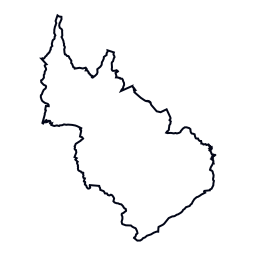 Calnic, Gorj, Romania
{"feature_id": "2599482B43333007752973", "entity_name": "Calnic", "entity_type": "district", "adm_level": 2, "iso_a3": "ROU", "parent_name": "Romania", "parent_adm1": "Gorj", "projection": "natural_earth1", "projection_center": [23.062, 44.952], "detail": "fine", "context": "isolated", "style": "outline", "palette": "ink", "viewbox_px": 256, "rotation_deg": 0, "n_neighbors": 0, "source": "geoboundaries", "source_scale": "gbopen_adm2", "svg_char_len": 5731}
<svg xmlns="http://www.w3.org/2000/svg" viewBox="0 0 256 256"><path d="M137.3,240.6L140.3,240.5L142.0,239.4L143.1,238.1L144.9,237.5L147.0,235.7L151.0,234.4L153.8,232.7L155.9,231.9L156.8,231.6L158.2,231.7L158.4,227.9L158.6,226.9L162.8,224.8L164.2,223.7L168.7,218.1L172.3,216.4L173.0,216.4L174.6,216.1L176.8,214.7L178.0,214.4L180.7,212.8L182.3,211.4L183.2,209.8L184.5,209.0L186.0,207.2L189.6,206.0L190.7,204.5L191.8,203.7L192.6,201.9L194.3,199.2L196.6,197.2L198.2,196.7L200.6,195.2L201.3,194.6L205.1,192.7L204.1,191.5L204.4,190.9L209.8,190.3L209.9,189.6L211.6,188.7L213.3,185.3L213.4,183.4L213.9,180.8L213.1,179.9L213.1,178.1L213.4,177.5L213.6,175.1L212.8,172.7L212.8,172.2L212.4,171.2L211.4,170.4L210.4,170.2L210.0,169.8L210.8,167.3L212.6,164.2L212.9,163.2L213.6,163.3L213.3,162.3L213.4,161.3L212.8,160.4L213.0,160.2L212.6,159.9L212.7,159.6L212.2,159.7L211.2,159.0L212.7,157.9L213.0,157.2L212.2,157.2L212.4,156.9L212.1,156.8L212.7,156.0L214.3,155.9L215.2,155.0L215.1,154.9L213.4,154.9L213.0,154.4L212.0,154.5L211.3,153.3L211.2,152.4L210.0,150.6L209.4,150.3L209.5,150.0L211.2,149.6L211.4,149.1L211.3,148.7L211.7,148.5L211.6,148.3L209.9,148.8L209.5,148.6L210.2,148.1L209.3,148.1L211.6,147.3L211.6,147.1L210.9,147.3L210.8,147.2L211.5,146.6L209.8,147.3L209.6,147.0L210.5,146.5L210.3,146.1L209.8,146.3L209.2,145.8L208.8,145.2L208.9,144.8L208.5,144.4L206.8,145.0L206.0,144.7L205.6,144.1L203.4,144.5L202.6,143.7L201.3,143.5L201.3,142.2L201.1,141.0L199.6,140.9L198.6,139.9L198.0,138.5L196.2,138.5L195.7,138.1L195.0,136.3L194.6,134.3L193.0,133.7L192.1,133.7L191.4,133.2L190.6,131.6L190.4,129.2L189.2,128.1L186.5,127.3L184.8,127.3L182.9,128.6L180.9,131.0L180.4,132.1L179.2,132.8L177.5,133.3L176.8,133.4L175.6,133.0L173.8,133.4L170.9,132.9L167.3,133.1L166.2,132.7L167.1,131.4L167.9,131.0L168.9,129.7L168.9,128.2L169.1,127.6L169.3,125.4L170.4,123.7L170.5,122.3L170.8,121.4L169.5,120.1L169.9,119.4L170.5,118.8L170.4,117.5L166.6,109.3L160.6,112.2L156.7,111.3L151.4,105.1L150.9,104.1L150.7,102.9L150.2,102.7L150.2,102.0L149.7,101.7L149.3,102.0L148.9,101.7L149.0,101.2L148.6,101.0L147.3,101.3L147.1,100.9L145.9,101.0L144.8,100.5L140.8,97.8L134.5,92.3L134.7,92.0L134.2,91.0L135.0,90.5L134.4,90.3L134.7,89.9L134.2,89.8L134.3,89.4L133.8,89.2L133.7,88.8L134.1,88.5L133.7,88.2L133.7,87.7L132.9,87.1L132.8,86.7L132.1,86.4L132.2,86.0L121.0,91.0L121.8,89.4L122.8,88.6L123.5,86.2L124.1,85.0L124.0,82.9L123.3,81.5L122.7,79.5L122.0,78.7L120.3,78.7L119.9,77.9L118.3,77.8L117.9,77.4L116.0,77.4L116.4,75.9L115.5,73.0L117.9,71.4L117.5,70.8L116.4,70.2L115.3,70.7L113.0,70.9L112.2,70.4L111.8,69.6L111.8,68.5L112.0,67.4L111.7,63.0L112.2,62.0L113.0,61.3L113.9,58.1L114.5,57.3L114.4,56.3L113.5,54.6L113.5,53.8L113.9,52.4L107.5,50.3L107.6,51.6L106.6,53.3L106.6,55.0L103.9,56.9L103.7,58.8L102.5,61.4L101.9,62.2L101.7,64.5L101.5,65.1L100.3,66.8L97.3,69.2L97.5,72.4L96.9,74.0L95.2,75.7L92.7,77.6L91.9,77.3L91.7,76.9L92.5,76.0L90.3,74.9L89.8,73.9L89.2,73.7L88.9,73.2L88.9,72.9L88.5,72.7L88.6,72.2L87.4,70.5L85.8,70.4L86.1,69.8L86.1,69.4L86.6,68.9L85.7,67.7L82.8,68.5L79.6,67.8L74.7,68.6L74.5,67.6L73.3,67.2L72.2,64.1L71.2,63.0L71.3,60.6L69.2,57.7L69.1,57.0L68.4,56.1L67.1,56.0L65.6,54.4L64.9,54.3L64.5,52.5L64.2,49.2L64.8,47.7L64.8,46.8L63.9,45.3L64.1,43.8L63.7,42.9L63.4,40.9L62.1,38.0L61.5,37.0L62.3,35.7L62.1,31.6L62.2,30.3L61.6,29.1L59.8,27.8L59.2,25.7L59.6,23.1L60.0,22.7L61.5,19.2L61.4,16.8L59.1,16.5L57.5,15.4L55.6,21.0L56.3,23.2L55.7,24.6L55.6,25.4L55.0,26.5L54.3,29.8L54.3,32.2L54.1,32.9L55.4,35.4L54.6,36.8L54.6,38.2L54.3,39.0L53.0,40.0L52.6,40.7L51.8,44.0L52.3,45.9L51.8,46.2L50.6,48.2L50.8,49.2L50.4,49.7L50.3,50.4L49.6,51.5L49.5,52.1L49.3,52.6L48.5,53.0L48.1,53.8L47.3,54.3L46.5,55.7L45.4,56.5L44.2,58.3L43.5,58.6L42.5,58.3L42.2,58.7L41.4,58.7L46.5,64.3L45.7,64.5L44.7,65.5L44.9,66.4L45.9,68.2L46.1,69.3L45.7,70.3L44.8,71.5L44.5,74.0L43.8,75.0L43.9,77.7L42.4,79.7L41.1,80.4L41.3,82.3L43.7,84.8L45.7,85.7L46.0,86.2L46.1,86.8L45.6,88.4L43.7,89.9L42.5,92.4L41.9,94.2L40.9,95.3L40.8,97.1L41.6,99.7L42.4,101.1L44.9,102.9L47.8,103.9L48.6,104.9L48.7,105.8L48.7,106.2L45.9,106.0L45.2,109.8L45.9,110.3L44.7,113.7L44.8,114.4L44.2,116.7L42.4,123.0L43.1,123.5L43.5,122.9L45.0,121.6L45.4,120.6L46.5,120.1L46.7,120.4L46.3,121.1L46.3,122.2L48.0,121.7L48.7,120.8L49.8,120.9L49.7,121.5L50.6,122.1L50.1,123.4L51.0,123.9L51.9,123.5L51.4,125.0L54.2,126.0L56.9,125.4L59.1,126.0L59.8,125.4L62.2,125.2L64.0,124.4L66.3,124.8L68.0,124.6L72.1,124.9L75.3,125.5L77.2,126.2L81.3,128.2L81.2,128.6L80.0,129.1L80.2,129.6L80.7,129.9L81.2,130.8L80.0,136.5L82.2,137.3L83.1,138.6L82.1,139.5L81.3,139.9L80.7,140.7L75.8,143.8L75.5,144.3L75.1,145.7L74.6,146.3L75.0,147.3L74.6,148.8L75.1,149.7L76.0,150.1L76.3,152.5L74.5,157.1L76.7,158.2L75.4,159.7L77.7,161.8L77.1,162.5L77.0,163.1L78.0,165.4L77.8,166.2L78.1,167.1L77.9,168.7L78.3,170.2L79.4,171.0L80.9,171.5L81.5,172.5L82.8,172.5L83.3,172.9L83.1,174.4L83.5,175.4L83.1,176.8L83.6,178.0L84.9,178.4L83.8,181.2L84.0,181.6L85.1,182.0L85.2,183.1L84.8,183.9L84.9,184.5L86.2,185.5L86.8,187.3L87.8,188.4L88.2,188.6L89.1,188.5L90.1,187.8L90.2,187.4L89.7,185.7L89.8,185.1L99.2,185.9L99.4,187.0L99.8,187.4L100.1,188.3L100.3,189.9L103.6,191.1L104.2,191.9L104.9,193.4L107.0,193.5L107.8,194.9L109.1,195.4L109.6,195.4L110.9,194.7L112.3,195.4L113.7,197.5L114.1,198.5L113.4,201.3L114.6,202.5L116.5,203.2L118.3,203.4L119.4,204.0L121.4,204.4L123.3,206.5L123.5,207.2L124.5,208.4L125.7,208.9L126.1,210.6L126.0,211.0L124.4,212.1L123.7,212.8L122.0,213.6L121.7,214.1L121.7,215.1L122.4,216.7L122.4,219.0L121.6,221.7L122.1,223.7L122.4,224.1L125.8,225.3L131.0,225.5L132.3,226.7L134.0,227.6L134.9,227.9L135.8,228.5L137.0,231.1L137.5,233.2L136.9,233.9L136.1,234.3L135.6,236.3L135.3,236.8L134.1,237.6L134.0,237.9L137.3,240.6Z" fill="none" stroke="#020617" stroke-width="2"/></svg>